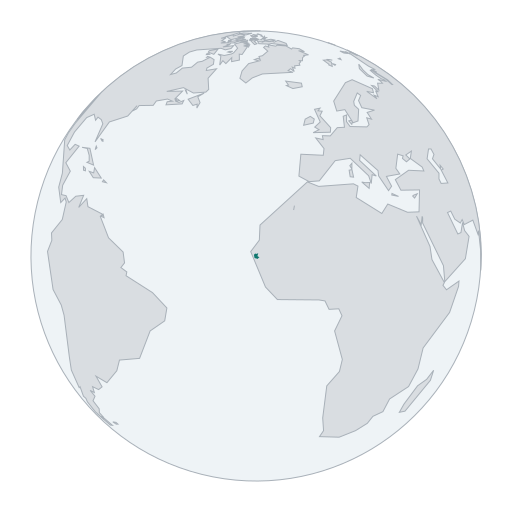 Kaolack highlighted on a globe, orthographic projection, rotated 14°
{"feature_id": "SEN-765", "entity_name": "Kaolack", "entity_type": "Region", "adm_level": 1, "iso_a3": "SEN", "parent_name": "Senegal", "parent_adm1": "", "projection": "orthographic", "projection_center": [-15.993, 13.984], "detail": "fine", "context": "on_globe", "style": "filled", "palette": "teal", "viewbox_px": 512, "rotation_deg": 14, "n_neighbors": 0, "source": "natural_earth", "source_scale": "10m", "svg_char_len": 9190}
<svg xmlns="http://www.w3.org/2000/svg" viewBox="0 0 512 512"><g transform="rotate(14 256 256)"><circle cx="256" cy="256" r="225" fill="#eef3f6" stroke="#a8b0b8"/><path d="M205.8,36.4L186.1,42.1L186.3,43.1L169.5,53.2L174.1,51.6L170.6,55.5L174.6,55.4L170.3,57.9L177.2,55.8L180.3,53.5L184.4,52.0L187.1,52.0L182.1,54.9L180.0,55.4L179.9,56.3L176.3,58.0L179.6,57.1L173.3,61.2L183.4,57.3L181.6,60.7L176.3,63.4L171.9,62.9L148.7,70.4L142.1,74.2L137.1,79.5L138.1,89.1L132.8,94.0L129.2,100.6L134.4,97.7L139.1,91.5L147.8,88.4L152.5,82.0L156.7,80.1L163.5,74.2L167.8,75.6L168.3,80.3L162.9,85.5L162.9,88.0L172.4,83.9L166.5,95.1L169.8,105.8L167.7,109.1L155.8,113.0L144.9,110.2L129.6,117.9L144.9,113.7L139.3,123.1L140.7,125.3L144.1,125.6L148.3,122.6L147.5,126.3L132.1,131.1L132.5,127.8L137.4,126.0L132.2,125.1L121.8,129.7L119.8,134.7L106.2,138.3L104.6,142.1L100.7,145.5L104.2,138.9L97.7,151.2L81.3,161.4L72.2,184.2L75.4,164.8L72.9,161.1L69.1,159.5L67.5,163.1L64.7,157.6L58.2,162.7L49.9,179.6L46.1,194.5L49.7,198.2L53.5,191.4L57.8,192.2L48.9,211.5L55.3,218.6L51.3,234.1L52.4,243.5L57.1,243.4L61.5,249.4L66.7,241.6L74.1,238.8L72.2,251.8L77.9,241.3L81.0,248.8L97.1,252.6L95.3,255.2L108.5,274.0L126.1,284.3L130.1,294.5L127.7,299.9L134.5,302.7L134.7,306.6L164.5,316.6L182.1,328.0L183.1,341.0L171.4,354.3L167.8,383.5L148.7,390.0L148.7,401.0L142.0,415.0L129.8,411.3L138.3,420.2L135.6,423.7L129.0,422.3L132.2,427.6L127.6,426.5L133.7,431.0L132.9,435.9L140.8,442.2L141.9,445.9L147.3,449.5L145.3,448.8L144.9,449.3L147.1,450.9L137.9,446.1L127.7,438.3L125.4,435.3L122.5,433.8L116.9,425.4L116.3,426.5L104.4,411.3L99.4,399.3L84.1,359.9L78.9,350.7L67.2,337.6L52.6,302.0L54.1,290.2L52.0,283.1L59.2,267.5L58.8,249.5L56.7,246.0L53.6,251.4L47.9,236.9L48.1,222.5L42.3,189.6L44.2,181.9L48.3,171.3L66.8,133.7L49.3,166.9L52.6,159.2L53.9,156.5L61.8,141.8L70.8,127.8L80.8,114.4L91.7,101.8L103.6,90.1L116.3,79.3L129.7,69.4L143.9,60.6L158.7,52.8L174.0,46.2L189.7,40.7L205.8,36.4ZM68.8,191.7L76.4,207.1L69.3,206.0L71.2,204.4L69.8,198.7L66.3,192.5L60.9,192.6L68.8,191.7ZM78.4,181.2L76.8,179.5L78.8,180.2L78.4,181.2ZM160.7,74.0L162.0,74.1L160.1,75.1L160.7,74.0ZM162.3,71.5L159.1,72.6L159.4,71.6L161.4,71.0L162.3,71.5ZM166.3,70.5L160.4,69.8L161.0,68.1L169.1,64.4L166.3,70.5ZM180.2,52.9L177.0,55.3L177.2,53.4L180.2,52.9ZM179.3,52.2L174.2,50.0L180.3,47.0L180.8,48.1L186.7,44.6L192.1,44.1L190.1,45.9L185.1,47.9L191.0,46.3L179.3,52.2ZM186.0,51.3L184.5,50.9L189.6,48.1L193.7,48.4L190.7,49.2L186.0,51.3ZM185.5,44.2L190.1,42.5L195.8,41.5L198.3,40.8L192.8,43.9L185.5,44.2ZM190.9,49.8L195.6,48.7L195.6,50.1L187.9,51.5L190.9,49.8ZM189.2,47.4L191.9,46.2L191.7,46.9L189.2,47.4ZM198.2,55.1L196.2,54.3L198.7,52.7L198.2,55.1ZM197.4,48.2L197.4,47.8L198.2,47.2L201.2,46.8L197.4,48.2ZM197.2,43.2L198.6,43.3L199.7,41.8L204.0,41.4L199.6,43.7L203.3,42.5L204.6,42.4L199.5,44.4L197.2,43.2ZM206.6,44.8L202.4,48.2L205.6,49.8L203.4,51.2L198.7,48.3L206.6,44.8ZM202.9,44.4L204.7,44.9L201.1,46.1L197.6,46.5L202.9,44.4ZM208.6,40.4L203.1,40.4L204.3,40.0L208.6,40.4ZM208.2,45.0L209.2,44.2L208.9,44.9L208.2,45.0ZM209.3,41.4L207.2,41.4L208.5,40.9L209.3,41.4ZM212.9,42.9L211.5,43.8L209.1,44.0L212.9,42.9ZM211.8,42.0L214.2,41.3L209.1,43.5L210.6,42.0L211.8,42.0ZM210.9,40.9L211.0,40.6L211.6,41.0L210.9,40.9ZM222.7,41.9L216.9,44.6L211.6,44.9L218.0,42.1L222.7,41.9ZM155.5,455.3L139.8,447.3L147.6,451.3L147.3,449.8L157.7,455.0L155.5,455.3ZM157.2,451.6L160.3,451.3L162.7,452.5L161.1,453.0L157.2,451.6ZM477.6,215.6L472.6,196.2L465.8,177.6L466.1,181.2L457.7,168.7L450.5,175.1L447.2,170.8L446.3,174.6L440.0,172.2L434.1,165.3L431.3,167.5L446.5,185.8L449.2,183.7L448.3,173.6L452.3,180.9L458.0,185.4L459.8,208.0L445.4,235.2L440.2,220.0L409.7,183.7L408.5,178.7L408.2,178.2L407.6,177.3L408.7,185.6L402.1,178.5L422.5,204.6L427.6,216.9L445.2,236.2L444.5,239.2L449.0,242.7L459.0,231.2L459.9,236.5L457.5,263.9L440.4,304.8L440.5,326.4L435.6,345.8L420.2,362.4L416.8,376.3L408.2,383.3L404.5,391.4L394.8,401.4L380.5,411.7L361.3,415.9L363.8,409.1L359.9,397.0L356.1,364.9L364.9,347.9L364.8,335.5L350.4,309.7L353.9,293.2L349.1,287.2L339.8,290.1L333.8,282.9L327.7,283.4L287.3,293.1L272.7,283.8L249.8,253.0L255.4,239.8L252.4,225.0L287.9,171.7L300.0,173.3L333.1,162.4L338.0,163.5L339.1,175.0L367.8,184.3L371.3,173.7L392.5,176.9L403.5,173.7L398.7,152.3L380.7,157.1L372.7,148.2L383.3,135.9L398.3,132.9L395.7,129.5L382.1,124.0L381.4,116.6L376.9,121.7L381.8,124.6L379.2,128.2L374.5,125.9L374.5,123.2L368.8,122.9L370.5,137.1L375.7,141.6L363.3,147.2L370.7,155.5L368.8,160.5L355.6,148.6L353.7,143.6L332.6,132.6L333.4,138.2L353.4,149.3L349.0,149.0L350.3,157.8L345.9,150.9L323.8,138.4L309.8,144.3L299.2,167.8L289.6,171.0L278.3,168.1L274.9,146.4L296.9,142.0L296.0,135.3L285.4,127.0L293.0,126.8L291.3,123.2L299.0,121.5L303.8,111.8L310.7,109.7L306.8,99.3L309.8,97.2L311.3,103.7L316.0,107.6L332.4,103.9L333.9,101.2L330.0,95.1L335.0,95.3L329.1,89.8L335.7,85.8L322.8,86.5L317.9,80.4L318.7,74.9L314.8,73.3L313.4,82.4L315.0,86.0L320.1,88.8L322.3,100.3L318.0,103.2L306.8,92.5L299.3,95.8L293.9,86.9L300.8,66.2L306.6,61.7L328.5,65.5L330.5,69.2L323.6,69.4L335.3,74.2L331.8,71.4L336.0,71.9L332.3,67.1L335.1,67.2L326.9,62.6L329.9,62.4L335.0,65.3L332.2,58.9L336.9,57.8L334.9,56.4L331.5,55.1L339.7,55.1L337.9,54.1L334.5,53.7L328.6,51.5L321.5,48.0L324.8,48.2L327.8,49.5L338.9,52.9L346.4,56.8L347.0,56.6L341.2,53.3L327.7,49.0L322.5,47.0L328.7,48.4L326.0,47.7L324.5,46.8L325.9,46.2L319.0,44.5L297.4,36.6L298.1,35.5L306.1,37.1L294.4,34.0L294.8,34.1L310.6,37.4L326.1,41.9L341.2,47.5L355.9,54.1L370.1,61.7L383.7,70.4L396.7,80.0L408.9,90.5L420.3,101.9L430.9,114.0L440.6,126.9L449.4,140.5L457.2,154.6L463.9,169.2L469.6,184.3L474.2,199.8L477.6,215.6ZM281.1,197.8L281.4,202.3L281.1,197.8ZM418.1,140.8L424.5,138.7L414.9,127.8L416.6,126.3L412.7,123.4L414.2,127.0L403.7,119.0L404.1,114.4L399.9,109.8L397.5,110.4L398.5,120.3L413.5,131.4L414.9,137.0L418.1,140.8ZM97.6,252.5L99.3,255.6L96.6,255.0L97.6,252.5ZM66.9,210.9L69.2,212.1L69.9,214.6L67.9,214.5L66.9,210.9ZM89.7,219.0L93.1,221.1L89.0,221.1L89.7,219.0ZM78.0,209.3L87.0,217.8L79.2,219.4L73.7,214.2L78.4,214.6L78.0,209.3ZM74.4,188.0L75.5,189.5L74.2,191.7L74.4,188.0ZM79.8,181.7L79.1,181.7L79.2,179.5L79.8,181.7ZM140.3,122.8L141.5,122.5L144.3,123.6L141.7,124.7L140.3,122.8ZM164.6,120.7L162.8,126.8L162.2,122.9L158.3,125.2L152.2,120.3L166.3,110.5L161.0,115.6L164.6,120.7ZM148.0,112.0L150.2,115.6L147.2,112.1L148.0,112.0ZM274.9,107.4L279.4,109.0L279.4,113.2L270.6,117.6L270.6,111.3L274.9,107.4ZM285.9,110.4L277.3,99.5L282.4,97.0L281.0,100.1L285.2,99.5L284.1,104.5L297.4,113.4L298.2,117.9L281.6,122.5L286.6,118.2L281.8,116.7L285.9,110.4ZM246.2,82.3L242.5,79.1L258.3,77.3L259.9,80.6L251.3,84.6L244.3,83.3L246.2,82.3ZM181.8,64.8L179.3,64.9L180.7,63.9L183.9,63.0L181.8,64.8ZM197.1,54.9L193.8,63.8L190.9,64.2L192.5,69.9L185.3,73.3L184.5,69.4L180.2,76.6L176.6,74.5L174.6,79.5L173.5,70.4L170.2,69.3L176.7,69.1L183.3,65.9L185.2,64.2L187.9,58.8L183.9,55.5L189.9,52.3L195.1,51.0L197.0,51.3L192.6,53.1L198.3,52.2L193.2,55.2L197.1,54.9ZM253.6,46.0L247.6,46.5L258.3,48.1L253.3,49.9L254.8,50.0L253.2,52.2L253.8,55.3L250.8,55.9L252.4,56.8L251.3,58.6L252.4,60.3L247.5,62.1L248.4,64.4L245.5,64.0L248.5,67.7L244.1,65.9L242.3,68.4L247.5,68.8L218.2,77.8L209.3,84.1L204.3,90.6L197.4,87.5L197.7,79.8L202.3,71.1L211.8,66.0L206.9,65.9L210.1,63.6L212.6,64.6L210.6,61.7L213.8,60.1L217.9,54.4L212.9,51.8L214.3,49.9L217.9,50.2L216.7,48.2L224.4,47.6L225.5,46.4L234.2,44.9L240.4,46.6L241.2,45.2L247.8,44.4L253.6,46.0ZM225.2,41.5L233.8,42.4L235.3,44.1L219.5,46.1L217.4,47.3L207.4,49.3L205.5,47.1L208.5,46.6L211.0,45.7L210.6,46.8L212.8,45.3L217.1,44.8L219.9,43.6L221.9,44.1L225.2,41.5ZM340.7,158.6L344.0,158.5L348.5,157.2L349.4,163.0L340.7,158.6ZM325.6,150.2L328.2,149.0L331.6,155.9L328.2,156.3L325.6,150.2ZM326.6,142.8L328.0,148.4L325.2,145.7L326.6,142.8ZM313.3,102.5L315.7,101.2L317.1,102.6L317.1,105.1L313.3,102.5ZM284.1,53.6L280.4,53.0L280.4,52.3L274.0,49.7L277.2,48.6L282.3,49.7L284.1,53.6ZM397.4,156.6L395.9,161.4L393.5,159.9L394.5,158.6L397.4,156.6ZM372.8,162.4L379.9,163.7L373.0,164.0L372.8,162.4ZM286.5,51.9L283.5,50.8L286.9,51.0L286.5,51.9ZM279.2,47.7L282.7,47.5L276.8,48.2L279.2,47.7ZM455.3,334.4L438.1,370.5L432.9,373.0L435.4,363.9L444.2,342.8L451.4,334.4L456.0,323.9L455.3,334.4ZM309.3,45.0L314.7,49.5L320.7,52.9L327.3,54.8L320.2,54.5L311.0,49.2L309.3,45.0ZM298.6,37.3L292.7,36.4L293.6,36.1L295.1,36.2L298.6,37.3ZM296.2,37.3L292.1,37.8L287.8,36.8L291.9,36.6L296.2,37.3ZM289.6,43.6L291.0,44.9L288.2,44.7L289.6,43.6ZM280.4,32.1L274.2,31.5L282.0,32.3L280.4,32.1Z" fill="#d9dde1" stroke="#a8b0b8" stroke-width="1"/><path d="M257.9,257.3L257.9,257.6L257.6,257.6L257.4,257.6L257.2,257.6L256.9,257.6L256.7,257.6L256.4,257.6L256.2,257.6L255.7,257.6L255.6,257.4L255.4,257.3L255.4,257.2L255.3,256.9L255.2,256.9L255.1,256.7L255.2,256.4L255.2,256.0L255.0,255.9L255.1,255.7L255.0,255.4L254.9,255.3L254.6,255.3L254.6,255.2L254.8,254.8L254.9,254.7L255.0,254.6L255.3,254.5L255.5,254.5L255.9,254.6L256.0,254.6L256.3,254.5L256.6,254.5L256.7,254.4L256.7,254.8L256.7,255.0L256.5,255.3L256.5,255.6L256.5,255.8L256.8,256.0L257.1,256.3L257.1,256.5L257.2,256.8L257.3,256.9L257.5,256.7L257.8,256.7L258.0,256.7L258.3,256.8L258.1,257.0L257.9,257.2L257.9,257.3L257.9,257.3Z" fill="#14b8a6" stroke="#0f766e" stroke-width="1.5"/></g></svg>